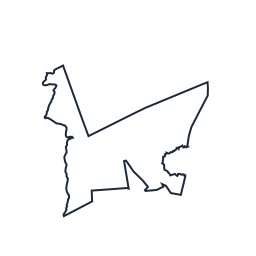 outline of Pedro II, Piauí, Brazil, rotated 160°
{"feature_id": "56859067B62049528503513", "entity_name": "Pedro II", "entity_type": "district", "adm_level": 2, "iso_a3": "BRA", "parent_name": "Brazil", "parent_adm1": "Piauí", "projection": "mercator", "projection_center": [-41.343, -4.536], "detail": "fine", "context": "isolated", "style": "outline", "palette": "slate", "viewbox_px": 256, "rotation_deg": 160, "n_neighbors": 0, "source": "geoboundaries", "source_scale": "gbopen_adm2", "svg_char_len": 2835}
<svg xmlns="http://www.w3.org/2000/svg" viewBox="0 0 256 256"><g transform="rotate(160 128 128)"><path d="M185.5,207.3L185.8,205.9L186.5,204.9L187.9,203.8L188.4,201.8L189.2,201.1L191.2,200.5L192.3,199.8L192.9,198.9L192.8,197.6L191.5,196.5L190.3,196.2L189.0,196.0L187.4,196.1L185.4,195.6L184.1,194.7L183.1,194.5L181.3,193.5L180.7,192.4L181.9,191.1L182.6,190.4L184.0,189.8L185.2,188.8L184.6,187.2L185.4,185.4L186.2,184.6L187.2,183.9L187.7,183.3L188.3,181.7L189.3,181.2L190.0,180.7L191.0,179.3L194.5,176.2L196.1,174.1L197.0,172.4L197.8,171.6L198.7,171.0L199.3,169.6L200.6,167.9L202.1,167.3L202.8,166.3L202.2,165.4L201.2,165.6L199.4,164.6L198.9,163.7L198.0,162.9L196.6,160.8L195.4,159.4L194.4,157.7L193.1,156.5L190.2,155.0L188.4,153.5L187.8,152.7L186.5,152.1L185.6,149.5L186.2,147.7L187.4,145.9L188.5,143.7L189.0,142.0L188.9,140.7L187.6,139.6L185.2,139.6L184.5,139.0L183.5,138.8L183.2,137.7L184.6,137.9L186.0,137.7L187.6,137.6L188.9,137.2L190.5,134.9L191.0,133.3L191.7,132.2L192.9,131.5L193.2,130.0L193.4,128.3L194.3,125.6L195.8,124.6L196.4,123.9L197.2,123.2L197.9,122.1L198.3,119.9L198.6,117.5L198.3,114.7L198.7,113.6L199.6,112.5L200.7,110.8L201.7,108.5L201.7,107.2L201.4,105.9L201.8,105.0L202.3,103.3L202.0,102.1L201.8,100.9L202.3,100.1L203.5,97.8L205.3,95.2L205.7,94.1L206.4,93.0L206.9,91.7L206.9,90.7L207.2,89.5L207.0,86.3L206.5,85.3L207.1,82.7L209.0,81.2L209.4,80.1L209.9,79.3L210.6,78.3L211.0,77.6L211.9,76.7L212.1,75.2L213.6,73.7L213.8,72.2L214.4,71.5L216.5,70.0L218.3,68.5L218.4,67.1L192.6,70.5L186.8,71.3L183.5,81.6L161.8,75.4L160.6,75.1L149.9,72.1L148.1,70.8L143.0,98.3L141.2,98.1L140.6,96.7L137.7,85.3L132.1,73.6L129.4,65.8L133.3,63.9L133.0,62.8L128.9,61.8L127.4,61.3L122.0,60.0L114.8,60.8L115.1,63.6L112.1,60.7L110.6,54.6L110.0,52.2L101.2,47.1L98.0,52.0L95.9,55.1L95.0,56.4L90.7,63.0L90.4,63.9L91.4,64.1L91.4,65.2L92.5,65.8L93.3,65.6L94.1,66.2L94.8,66.9L95.5,67.5L96.6,67.6L97.2,66.7L98.1,66.1L99.7,68.8L104.4,69.0L104.6,70.2L104.7,71.2L105.5,72.3L105.7,73.9L106.3,74.7L107.4,75.5L108.0,76.4L107.6,77.4L107.7,78.3L106.9,79.9L107.1,80.7L106.7,81.4L107.2,82.3L107.9,83.2L107.1,83.7L106.7,85.0L106.2,85.9L105.7,86.6L105.3,87.8L104.8,89.0L103.2,88.7L102.4,89.6L102.3,90.6L100.7,90.8L100.3,91.7L98.8,90.2L97.9,90.0L95.9,90.7L94.5,90.0L93.3,91.1L92.3,90.6L91.2,91.1L90.0,91.4L89.1,92.7L88.2,92.4L87.6,91.1L86.9,92.5L85.2,92.5L83.9,92.6L82.9,92.9L82.6,90.8L81.7,90.7L80.9,91.4L80.3,90.8L79.9,89.9L78.7,90.1L77.9,90.0L78.2,91.2L74.2,98.5L73.6,99.6L68.3,107.0L55.2,119.1L41.9,131.3L41.4,132.7L39.3,138.0L37.6,143.8L42.1,143.7L83.5,141.9L104.9,141.0L110.1,140.4L112.4,140.2L127.7,138.5L154.7,135.4L167.9,133.9L168.0,155.1L167.7,208.9L176.0,207.9L176.9,207.8L177.7,207.4L178.2,206.1L179.0,205.0L180.2,204.8L180.9,205.2L181.6,205.9L182.5,206.3L183.5,206.5L184.7,206.9L185.5,207.3Z" fill="none" stroke="#1e293b" stroke-width="2"/></g></svg>